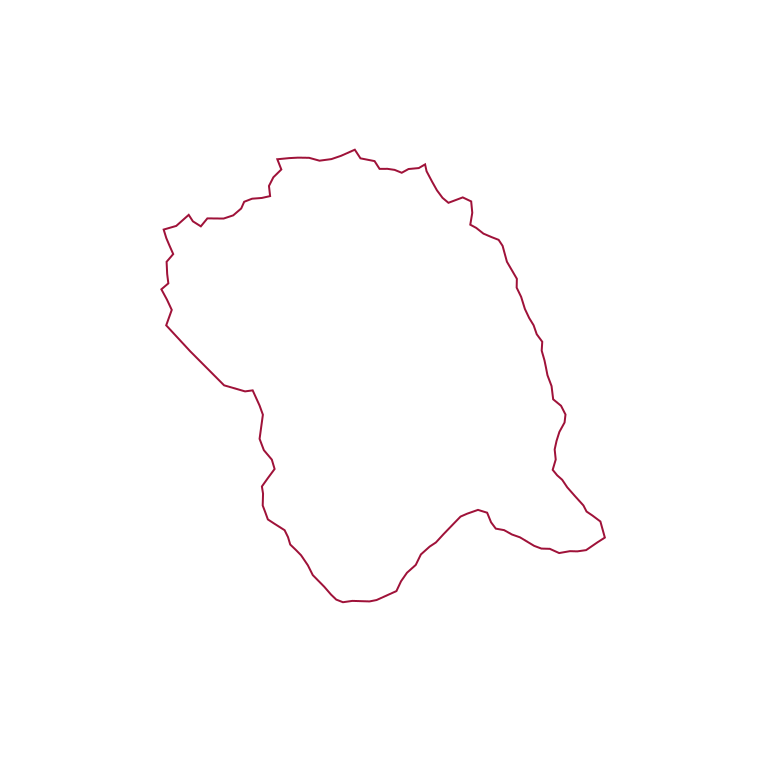 Piraquara, Paraná, Brazil (Mercator projection), rotated 211°
{"feature_id": "56859067B90549461682461", "entity_name": "Piraquara", "entity_type": "district", "adm_level": 2, "iso_a3": "BRA", "parent_name": "Brazil", "parent_adm1": "Paraná", "projection": "mercator", "projection_center": [-49.059, -25.469], "detail": "fine", "context": "isolated", "style": "outline", "palette": "rose", "viewbox_px": 768, "rotation_deg": 211, "n_neighbors": 0, "source": "geoboundaries", "source_scale": "gbopen_adm2", "svg_char_len": 1942}
<svg xmlns="http://www.w3.org/2000/svg" viewBox="0 0 768 768"><g transform="rotate(211 384 384)"><path d="M600.9,322.1L566.9,312.2L520.4,300.5L499.3,306.1L493.3,310.9L479.5,301.4L472.0,295.3L462.4,272.9L452.9,265.4L441.2,261.4L434.0,254.8L435.1,243.3L435.9,233.3L431.2,227.7L425.4,217.4L419.2,212.5L413.8,208.1L406.2,207.8L393.9,207.5L387.4,203.3L381.7,198.1L373.8,196.3L366.9,194.5L355.9,189.4L346.6,183.5L330.7,179.4L320.9,176.2L313.9,174.6L306.8,175.8L299.4,181.8L284.4,190.2L279.1,195.0L266.7,212.9L267.8,223.7L267.1,234.1L263.6,245.3L264.6,256.9L261.1,268.2L257.9,274.9L255.6,286.1L252.4,300.0L250.1,309.8L245.9,315.7L238.6,324.5L229.3,326.8L221.0,320.6L213.7,317.6L205.8,320.6L196.8,320.9L188.5,322.6L179.5,322.6L171.9,322.6L164.3,324.0L157.0,328.1L146.8,329.3L138.5,336.5L132.1,340.1L125.2,345.7L119.4,358.4L115.6,366.1L127.7,377.6L137.5,378.6L144.7,379.0L150.5,382.6L162.4,386.2L173.7,389.8L182.0,393.7L188.5,394.9L195.2,397.3L197.9,407.7L204.0,415.8L206.8,424.1L209.0,433.3L209.4,444.0L212.7,451.3L221.0,456.5L231.1,458.0L239.3,468.5L248.4,475.7L253.8,481.7L258.6,486.9L266.0,493.8L270.1,501.7L278.7,505.3L286.0,511.4L293.5,515.3L301.9,520.9L311.3,529.3L319.9,534.9L324.3,542.6L341.6,552.1L353.5,563.5L360.0,566.6L367.6,565.3L376.2,564.1L385.3,565.3L392.1,565.0L396.5,576.2L403.3,585.4L412.6,584.5L422.1,572.5L429.7,573.7L438.4,577.3L447.0,582.2L457.1,588.3L461.9,593.4L465.4,587.0L473.7,580.9L477.6,574.2L485.2,573.0L491.9,570.2L498.6,566.1L506.9,570.2L520.4,565.3L529.7,569.8L538.4,557.4L544.9,549.7L554.3,542.2L564.7,539.3L574.2,533.8L581.6,528.8L591.2,521.7L582.5,515.0L585.3,504.2L584.6,494.5L578.4,486.4L584.6,480.5L592.5,474.9L597.7,468.2L596.8,460.9L600.1,450.9L606.7,443.2L620.7,435.0L622.2,424.8L631.6,425.0L638.5,428.4L643.5,412.5L652.4,402.9L645.7,396.9L640.2,392.9L631.6,386.8L633.3,376.8L626.5,366.6L620.7,359.2L623.6,350.5L613.6,344.6L604.1,338.2L600.9,322.1Z" fill="none" stroke="#9f1239" stroke-width="2"/></g></svg>